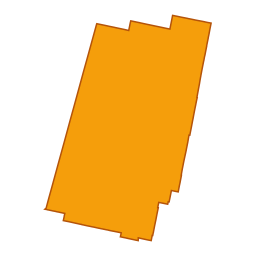 outline of Castellanos, Santa Fe, Argentina
{"feature_id": "61730980B49644503791094", "entity_name": "Castellanos", "entity_type": "district", "adm_level": 2, "iso_a3": "ARG", "parent_name": "Argentina", "parent_adm1": "Santa Fe", "projection": "robinson", "projection_center": [-61.604, -31.24], "detail": "fine", "context": "isolated", "style": "filled", "palette": "amber", "viewbox_px": 256, "rotation_deg": 0, "n_neighbors": 0, "source": "geoboundaries", "source_scale": "gbopen_adm2", "svg_char_len": 2495}
<svg xmlns="http://www.w3.org/2000/svg" viewBox="0 0 256 256"><path d="M44.9,209.2L47.0,209.6L47.5,209.8L48.7,210.0L49.6,210.2L50.5,210.4L51.5,210.6L52.3,210.8L55.0,211.3L57.0,211.8L58.8,212.1L60.4,212.5L62.0,212.8L62.3,212.9L64.8,213.4L64.7,213.9L64.3,215.6L64.1,217.0L63.8,218.3L63.3,220.6L69.3,221.8L76.9,223.5L77.0,223.5L79.6,224.1L81.4,224.4L81.4,224.5L82.5,224.8L82.8,224.8L85.4,225.4L87.7,225.9L89.8,226.3L91.6,226.7L93.2,227.0L93.3,227.0L93.8,227.1L96.0,227.6L98.3,228.1L99.8,228.4L101.5,228.8L101.8,228.8L103.2,229.1L103.6,229.2L104.3,229.3L104.6,229.4L106.1,229.7L107.8,230.0L109.7,230.5L112.7,231.1L113.4,231.2L114.8,231.5L116.9,231.9L118.8,232.3L121.2,232.8L121.1,233.3L121.0,234.1L120.6,235.7L120.4,236.8L120.5,236.8L120.8,236.9L123.6,237.5L125.2,237.8L126.9,238.2L127.0,238.2L127.7,238.4L130.1,238.9L133.4,239.6L136.1,240.2L138.2,240.6L138.2,239.5L138.3,238.9L138.3,238.2L138.3,237.8L138.8,237.9L139.7,238.1L139.8,238.2L140.7,238.4L147.6,239.9L151.2,240.6L152.2,235.4L152.7,235.5L153.2,233.0L153.2,232.9L153.3,232.7L153.5,231.8L153.5,231.6L154.7,225.4L155.9,219.7L156.8,214.9L157.7,210.5L157.8,210.0L158.2,208.1L158.3,207.6L157.9,207.5L157.7,207.5L158.8,202.4L167.7,204.2L168.2,201.8L169.1,201.9L170.3,196.1L171.4,190.5L175.2,191.3L178.2,191.9L179.4,185.6L180.0,182.8L181.3,176.0L181.3,175.9L181.4,175.4L181.2,175.4L181.3,174.7L182.4,168.5L182.7,167.0L182.8,166.5L183.9,160.9L185.4,154.0L186.3,149.8L186.3,149.6L187.3,144.6L187.8,142.1L188.4,138.5L189.0,135.1L189.8,135.2L191.3,127.6L192.6,120.7L192.7,120.2L193.0,118.8L193.9,113.9L195.0,108.3L195.0,108.2L195.5,105.9L196.6,100.3L197.1,98.1L197.1,97.9L197.2,97.6L196.9,97.5L198.7,87.8L199.4,84.1L200.0,80.4L200.8,76.0L200.8,75.9L202.1,69.0L202.3,68.0L203.6,61.4L203.9,60.2L204.5,56.8L204.9,55.3L205.5,52.2L206.7,46.1L206.7,45.6L208.2,38.2L208.2,37.9L209.0,34.1L209.9,29.2L211.0,23.7L211.1,23.1L208.4,22.6L207.8,22.5L205.4,22.0L204.2,21.7L202.7,21.4L195.7,20.1L193.4,19.6L191.0,19.1L187.8,18.5L187.6,18.4L181.4,17.2L179.9,16.9L177.2,16.3L174.5,15.8L174.3,15.7L172.6,15.4L172.1,18.0L169.9,29.1L150.3,25.0L147.4,24.4L145.5,24.0L140.9,23.0L139.2,22.6L136.7,22.1L131.0,20.9L130.7,20.9L130.6,21.6L130.3,22.7L129.5,26.7L128.7,30.5L124.5,29.5L119.2,28.4L115.4,27.6L114.6,27.4L110.2,26.5L109.2,26.3L106.5,25.7L101.2,24.6L96.8,23.7L96.6,24.2L93.7,34.8L88.5,53.7L83.3,72.4L79.4,86.7L73.9,106.8L70.1,120.5L64.1,142.6L57.8,165.4L52.5,184.8L48.6,198.9L46.5,206.8L46.1,208.2L44.9,209.2Z" fill="#f59e0b" stroke="#b45309" stroke-width="1.5"/></svg>